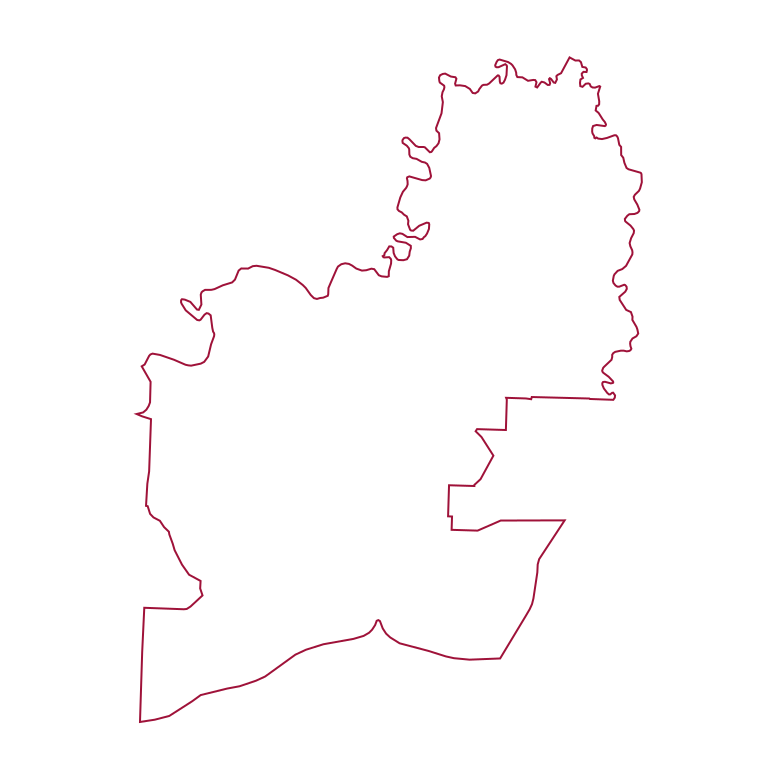 outline of Banyule, Victoria, Australia, rotated 174°
{"feature_id": "25037944B35750934340746", "entity_name": "Banyule", "entity_type": "district", "adm_level": 2, "iso_a3": "AUS", "parent_name": "Australia", "parent_adm1": "Victoria", "projection": "albers", "projection_center": [145.061, -37.734], "detail": "fine", "context": "isolated", "style": "outline", "palette": "rose", "viewbox_px": 768, "rotation_deg": 174, "n_neighbors": 0, "source": "geoboundaries", "source_scale": "gbopen_adm2", "svg_char_len": 6158}
<svg xmlns="http://www.w3.org/2000/svg" viewBox="0 0 768 768"><g transform="rotate(174 384 384)"><path d="M623.1,426.9L615.9,410.6L618.6,390.2L620.3,386.8L623.0,383.3L626.5,380.9L633.1,380.0L627.9,377.1L619.4,373.4L626.7,321.7L629.8,309.5L633.4,287.7L631.8,287.2L630.2,279.3L627.2,275.4L621.2,271.4L617.7,264.7L613.4,259.6L613.2,256.8L610.8,247.2L609.6,240.6L603.8,225.5L597.8,214.7L587.0,207.3L588.2,199.9L586.6,192.7L599.7,182.9L603.7,180.9L606.6,180.9L645.8,186.5L652.5,142.8L662.0,73.4L647.1,74.1L632.3,76.3L608.0,88.5L598.8,93.8L571.8,97.5L559.2,98.5L542.3,102.3L532.8,105.5L500.4,124.1L489.3,127.9L471.5,131.5L441.0,133.7L430.6,135.6L424.8,138.2L421.5,140.9L418.0,145.2L416.0,149.3L414.4,149.8L412.8,148.6L410.8,141.0L408.0,135.5L404.3,131.3L395.6,124.5L367.7,113.9L350.9,106.6L343.1,104.0L327.7,100.9L297.2,98.9L267.2,138.6L262.7,144.7L259.8,149.6L257.8,155.1L251.2,180.6L250.0,188.5L248.0,193.6L218.6,229.5L282.2,236.0L306.2,228.4L332.0,231.9L330.2,245.1L334.1,245.7L329.9,276.5L304.8,273.1L304.7,274.2L297.9,279.3L282.7,301.3L292.6,321.1L297.8,327.4L296.2,329.4L267.6,325.5L263.5,355.6L264.0,357.5L244.4,354.8L239.2,353.5L238.4,355.6L181.3,348.1L180.9,347.6L157.6,344.3L155.9,346.3L155.4,348.5L157.0,351.4L158.0,351.4L160.2,350.0L161.3,350.1L162.9,351.8L165.8,356.6L166.9,360.2L166.8,362.0L165.9,363.1L164.0,363.1L158.4,360.9L156.3,361.1L155.9,361.4L155.9,362.6L159.7,367.6L164.8,372.3L165.5,373.5L165.6,374.6L164.3,377.2L163.3,378.1L155.2,384.3L154.2,387.0L154.0,389.2L152.8,390.7L150.7,391.8L144.9,392.4L142.1,392.1L139.2,391.1L136.8,391.2L135.4,391.8L134.3,393.2L134.9,395.7L135.0,398.4L134.6,400.3L132.1,403.3L128.0,405.1L125.9,407.6L126.3,411.7L126.9,414.3L130.3,421.8L129.8,425.0L130.9,429.7L135.4,432.4L140.8,443.0L140.9,446.0L134.4,450.6L132.6,453.2L132.6,455.4L133.7,457.1L134.7,457.6L139.9,456.2L141.7,456.4L143.4,457.7L145.2,460.4L145.6,462.8L144.2,467.5L143.3,469.0L139.8,472.1L135.0,473.4L130.9,476.2L123.5,486.9L123.1,489.0L123.2,491.1L124.6,495.2L125.0,498.5L123.0,503.2L119.9,507.9L119.3,510.4L119.9,512.1L122.3,515.8L126.7,520.2L127.2,521.0L127.2,523.0L124.4,525.9L122.3,527.2L117.2,526.9L114.0,527.7L112.2,529.2L111.8,530.6L113.3,535.9L115.8,541.4L116.1,544.0L114.7,546.0L110.3,549.4L108.9,551.6L106.5,557.7L106.0,565.7L106.3,566.8L107.0,567.4L118.4,572.0L120.2,573.5L121.8,578.9L122.4,584.0L124.2,586.9L123.4,595.0L125.0,597.3L125.6,604.0L126.2,605.8L127.3,607.1L128.9,607.3L136.5,605.4L141.6,604.8L145.4,605.7L146.8,606.9L148.2,606.2L149.1,606.9L149.0,608.4L150.4,611.4L150.6,613.2L150.2,616.3L149.1,618.7L145.5,619.4L137.4,617.4L136.5,617.9L136.1,619.0L137.0,621.5L138.8,624.2L142.2,631.1L144.9,633.9L143.6,638.4L141.9,638.4L140.8,639.7L140.4,642.6L140.9,650.3L137.9,657.2L138.7,657.8L143.1,656.7L145.6,657.1L147.3,658.4L148.1,660.9L149.4,661.6L152.0,661.5L155.5,658.8L157.6,659.7L157.6,663.0L156.8,666.3L154.1,667.6L155.0,670.3L154.9,672.0L153.0,673.6L150.0,673.1L149.3,675.0L149.4,676.1L150.4,677.7L153.6,678.6L154.5,683.5L156.2,685.4L159.9,685.7L165.3,689.4L175.4,674.6L179.1,673.2L180.4,672.1L180.2,668.8L182.2,665.6L183.7,666.1L186.0,669.9L187.1,670.8L188.0,670.0L187.3,665.8L188.1,664.2L189.9,664.3L192.9,667.1L195.5,668.1L196.6,667.4L200.7,662.9L202.3,663.9L200.8,668.2L201.8,670.4L203.7,670.8L209.1,670.5L214.3,674.5L219.3,675.3L220.1,677.5L220.0,679.8L220.7,683.2L222.9,687.5L224.1,689.0L226.9,691.2L235.1,694.6L236.9,694.2L238.3,692.6L240.1,689.4L239.9,687.9L238.8,687.2L236.9,687.1L230.0,689.4L228.7,688.1L228.5,687.1L229.9,678.3L231.9,673.9L233.7,671.2L235.5,670.4L236.8,670.9L237.2,672.5L237.0,677.5L237.8,678.9L238.7,679.0L248.0,671.9L250.2,670.9L253.9,671.1L255.4,670.5L258.4,667.3L259.8,665.1L262.9,663.5L265.4,664.2L267.8,668.5L272.1,671.8L277.2,673.1L281.5,673.4L281.9,675.3L280.1,680.0L280.9,681.6L285.4,682.8L290.7,686.3L293.2,686.2L295.9,685.2L297.3,683.0L297.3,679.6L297.0,678.0L293.0,674.4L292.9,672.8L293.6,670.8L295.3,668.1L296.5,664.1L296.0,658.2L298.5,647.2L305.5,633.1L305.4,630.5L303.0,627.7L303.2,621.5L304.6,617.7L307.0,615.1L309.4,613.6L312.1,610.3L312.8,609.8L314.2,609.7L318.6,615.1L319.9,615.6L324.8,616.1L327.5,617.5L333.1,624.7L334.9,626.5L336.9,626.8L338.4,626.5L339.9,624.9L340.3,623.8L340.2,621.8L336.4,618.6L334.7,616.0L334.4,614.7L334.8,609.6L334.1,607.3L331.9,605.6L328.1,604.5L323.2,601.0L320.1,600.0L318.1,598.4L316.4,594.2L315.5,585.9L316.1,584.5L317.1,583.5L321.3,582.2L324.7,582.8L337.1,587.8L339.2,587.2L339.7,586.3L339.4,583.5L339.6,580.1L340.5,578.2L341.5,576.7L345.1,573.2L348.3,567.8L352.2,558.2L352.3,556.3L351.0,554.5L348.4,552.8L346.4,550.3L343.8,548.3L342.7,543.8L343.4,540.4L341.9,534.7L341.0,533.8L338.9,533.4L332.4,537.7L324.8,540.0L322.7,539.5L322.3,538.1L323.1,533.5L325.5,529.1L327.5,526.7L328.9,525.9L330.5,524.2L333.0,524.0L337.7,527.1L345.4,527.7L350.0,531.4L352.5,532.2L355.2,531.6L358.9,529.6L358.9,528.2L356.8,525.2L355.3,524.4L347.5,522.2L342.9,518.6L343.1,516.2L344.6,512.9L345.5,509.0L348.1,505.7L351.8,505.1L356.4,505.8L357.6,506.5L359.7,509.8L360.7,513.3L360.6,518.6L362.2,520.0L364.4,520.3L366.9,516.9L369.7,514.1L370.2,512.1L371.9,511.3L371.3,510.1L370.3,509.8L365.6,509.6L364.2,507.8L363.9,506.3L364.4,503.0L367.4,495.6L368.0,490.7L369.7,490.2L375.1,491.3L377.8,492.7L381.7,499.2L384.5,500.0L389.8,499.0L394.1,499.1L399.5,501.7L403.3,505.1L406.3,507.1L410.0,508.1L413.9,507.6L417.5,505.6L419.0,503.4L426.7,489.8L429.2,485.3L430.1,479.1L430.7,477.6L435.5,476.2L438.6,476.2L441.8,475.6L444.7,476.7L447.5,480.1L451.8,487.7L454.4,490.9L460.6,496.9L468.2,502.1L480.4,508.8L486.4,511.6L498.4,514.9L502.2,514.9L507.1,513.0L513.9,513.8L516.7,512.0L521.3,503.4L524.4,500.9L534.0,499.0L542.6,496.1L545.8,495.7L552.2,496.3L554.8,495.1L555.9,494.2L556.9,492.0L557.3,482.1L560.4,477.1L562.2,477.6L568.0,485.9L573.2,488.7L575.4,489.3L576.2,489.4L577.0,488.5L577.3,486.5L576.9,485.0L573.5,478.0L563.1,467.2L561.0,466.6L559.7,467.1L555.3,471.7L553.0,473.0L551.2,472.4L549.2,470.4L548.9,457.8L548.5,454.0L547.7,452.3L547.6,451.1L548.0,449.3L551.8,441.6L556.0,429.7L560.5,424.8L564.1,423.4L573.9,422.4L576.7,423.0L579.4,423.9L590.4,430.1L603.7,436.3L611.0,438.4L613.2,437.8L614.6,436.6L620.0,428.4L623.1,426.9Z" fill="none" stroke="#9f1239" stroke-width="2"/></g></svg>